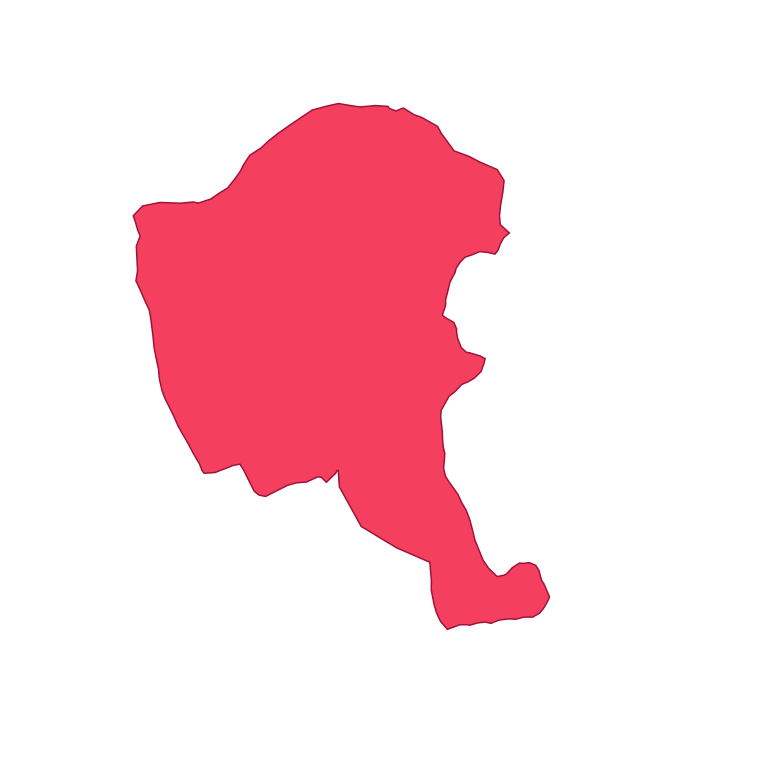 the district of Qaha, Al Qalyubiyah, Egypt, rotated 152°
{"feature_id": "37247803B19157845766633", "entity_name": "Qaha", "entity_type": "district", "adm_level": 2, "iso_a3": "EGY", "parent_name": "Egypt", "parent_adm1": "Al Qalyubiyah", "projection": "mercator", "projection_center": [31.21, 30.293], "detail": "fine", "context": "isolated", "style": "filled", "palette": "rose", "viewbox_px": 768, "rotation_deg": 152, "n_neighbors": 0, "source": "geoboundaries", "source_scale": "gbopen_adm2", "svg_char_len": 2427}
<svg xmlns="http://www.w3.org/2000/svg" viewBox="0 0 768 768"><g transform="rotate(152 384 384)"><path d="M554.7,591.4L554.8,586.1L555.4,578.1L556.1,569.0L556.5,559.7L559.1,551.6L565.7,534.2L569.9,524.1L573.3,513.0L575.9,503.7L580.0,493.8L583.2,482.0L584.2,474.1L584.3,469.1L584.7,454.4L585.5,444.2L585.4,435.5L585.0,426.3L584.9,417.2L585.0,412.5L584.6,402.7L584.4,400.1L585.3,393.0L584.8,389.7L574.9,385.2L555.4,382.9L548.9,380.9L548.3,373.6L548.6,364.2L548.9,350.0L546.5,344.6L541.3,340.3L529.1,340.1L516.9,339.8L508.2,338.0L498.3,333.8L485.9,333.1L483.1,331.0L481.0,324.3L468.5,327.9L466.0,329.7L465.5,329.4L465.0,329.1L471.7,314.2L471.0,268.9L449.7,233.3L427.3,205.2L428.3,202.6L434.3,188.5L438.9,180.1L441.0,173.4L443.2,166.1L444.9,158.2L445.4,152.3L445.5,147.6L443.2,137.6L430.3,135.9L424.6,133.0L421.4,130.7L413.7,129.1L406.8,126.5L401.8,122.4L393.5,121.6L384.4,118.2L378.1,114.4L370.2,112.6L362.2,108.4L354.3,108.6L348.7,110.9L345.5,112.8L342.2,114.8L337.8,118.3L336.6,132.8L337.1,136.0L336.2,140.7L334.7,146.6L335.2,152.7L339.6,158.1L344.8,160.0L348.5,162.3L357.0,161.6L364.8,158.9L367.8,158.8L374.5,160.9L378.2,172.4L379.2,182.2L376.9,203.9L374.9,211.6L372.1,223.2L370.7,233.9L371.1,243.1L370.8,247.0L370.5,251.6L371.9,262.3L372.6,267.6L373.0,273.8L370.9,281.7L366.7,288.0L362.9,294.2L361.4,300.1L358.5,307.2L355.1,314.0L352.7,320.1L349.4,328.4L345.8,334.0L332.2,342.7L324.7,344.0L315.7,347.1L308.8,346.5L301.3,346.8L292.3,349.5L285.9,355.5L282.8,358.9L286.1,363.8L293.5,371.1L296.5,373.6L298.7,379.9L297.5,389.9L295.6,395.5L294.1,398.4L293.4,405.5L298.1,412.9L300.2,417.3L292.6,424.6L290.1,429.4L282.5,437.8L277.9,443.0L268.9,449.1L266.0,452.3L259.8,455.7L252.9,458.0L247.0,456.9L237.2,455.9L230.4,451.3L225.1,446.6L222.3,447.7L219.9,449.1L215.5,453.1L209.4,457.0L202.4,458.5L206.5,470.0L203.1,478.3L196.7,487.7L188.8,497.9L182.5,507.2L183.3,520.0L195.3,535.1L202.2,545.2L212.6,556.8L215.7,578.0L215.8,586.3L218.3,590.3L225.7,601.9L230.9,607.5L237.4,618.7L245.1,619.4L249.9,624.6L250.1,627.2L260.9,633.9L275.2,639.9L284.1,646.5L288.2,649.7L292.5,653.0L303.6,656.1L318.8,659.6L343.9,657.0L359.5,655.1L372.0,652.8L381.4,650.2L395.0,649.0L405.5,643.3L410.6,639.5L420.1,634.8L430.1,630.5L439.4,629.9L450.4,628.7L463.0,630.9L467.0,634.3L478.5,639.0L496.6,649.5L513.6,654.5L526.5,650.2L527.4,643.9L529.2,635.6L529.9,629.1L538.0,622.0L548.5,599.6L554.7,591.4Z" fill="#f43f5e" stroke="#9f1239" stroke-width="1.5"/></g></svg>